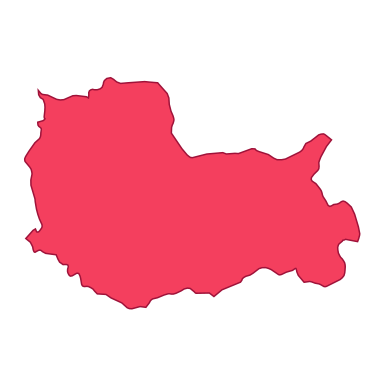 Steiermark, orthographic projection, rotated 179°
{"feature_id": "AUT-2323", "entity_name": "Steiermark", "entity_type": "State", "adm_level": 1, "iso_a3": "AUT", "parent_name": "Austria", "parent_adm1": "", "projection": "orthographic", "projection_center": [15.015, 47.22], "detail": "fine", "context": "isolated", "style": "filled", "palette": "rose", "viewbox_px": 384, "rotation_deg": 179, "n_neighbors": 0, "source": "natural_earth", "source_scale": "10m", "svg_char_len": 3734}
<svg xmlns="http://www.w3.org/2000/svg" viewBox="0 0 384 384"><g transform="rotate(179 192 192)"><path d="M345.0,264.5L339.7,265.9L338.9,266.4L337.7,267.7L337.8,268.1L338.4,268.6L338.5,269.9L337.7,275.9L337.7,276.4L337.5,279.2L337.7,282.6L339.2,287.2L342.0,289.0L343.6,291.9L343.9,296.3L341.4,293.2L339.9,292.2L337.4,291.8L334.6,291.4L325.7,287.0L322.0,286.3L318.4,286.6L313.4,288.7L309.5,290.3L306.1,290.5L296.0,289.1L293.9,287.9L293.5,290.8L293.5,293.2L292.8,294.9L292.1,295.4L291.4,295.9L289.7,296.4L287.7,295.9L284.9,295.9L282.1,296.7L280.1,298.2L278.9,301.0L278.8,301.3L278.5,303.1L278.0,304.2L277.6,305.0L275.2,307.0L271.3,307.7L268.3,305.9L267.7,305.3L265.3,303.3L261.5,301.8L254.2,302.3L237.4,303.2L233.2,302.7L224.4,301.8L224.3,301.7L223.2,300.3L215.1,290.9L213.5,286.4L213.2,280.0L211.6,273.2L209.7,268.6L209.0,266.1L208.8,264.4L209.0,263.3L209.7,261.0L210.6,259.2L211.3,256.9L211.6,251.2L201.3,235.4L196.2,229.1L194.3,227.5L193.0,226.6L191.0,226.3L176.5,229.7L160.5,230.8L157.0,229.4L148.4,229.9L144.9,229.6L131.6,234.2L129.2,234.1L128.1,233.9L127.8,233.3L126.5,232.2L124.2,231.2L115.0,228.1L109.7,224.4L106.4,222.8L101.8,222.7L98.0,223.3L83.7,230.0L81.6,231.5L80.5,232.8L79.9,233.7L79.3,235.1L77.3,238.5L72.4,240.8L64.3,246.9L62.0,247.6L59.6,247.8L58.4,247.3L56.6,245.9L51.6,241.7L56.7,235.3L62.5,225.0L64.0,221.4L64.7,219.2L64.5,215.4L64.8,213.0L65.9,211.3L69.8,207.6L72.3,204.4L72.6,202.5L71.7,200.8L67.8,198.0L63.6,192.4L62.6,190.6L62.0,188.6L61.7,187.0L61.1,185.2L58.3,180.7L56.2,176.3L54.5,175.2L52.6,175.8L50.6,177.0L47.0,177.4L44.8,178.3L42.9,179.7L41.1,180.3L39.2,179.7L37.0,178.1L33.0,174.2L29.8,167.0L26.2,154.1L25.0,147.3L25.2,145.8L26.2,142.3L27.3,139.5L39.3,142.0L40.5,141.4L42.1,141.1L42.5,140.3L45.8,137.6L46.3,137.0L46.7,136.1L47.3,134.1L47.2,131.6L46.7,128.4L45.5,125.8L44.6,124.2L42.9,122.4L41.6,120.4L40.6,118.5L40.2,116.5L40.1,114.6L40.4,110.9L40.7,108.5L41.5,105.8L43.2,103.7L45.4,101.9L59.2,95.3L60.6,95.0L61.8,95.2L64.9,97.1L66.6,97.9L70.5,98.7L73.8,100.0L75.8,100.5L81.5,99.8L87.2,106.8L88.6,110.4L88.8,111.9L89.4,113.7L90.2,113.7L92.8,111.9L99.1,110.2L103.9,108.0L105.7,107.6L106.9,107.9L114.1,113.0L116.9,114.3L119.5,115.1L123.3,115.1L126.4,114.2L132.3,109.8L135.5,107.9L139.6,106.8L141.8,105.6L143.2,104.3L143.7,102.9L145.1,101.0L163.7,93.7L171.9,87.1L176.4,90.7L189.8,90.7L190.5,91.1L191.7,92.4L195.5,95.6L198.2,96.0L201.5,95.2L204.7,93.3L209.8,91.0L212.4,90.3L214.4,90.3L216.5,90.7L217.8,90.6L221.7,89.5L228.3,86.9L233.2,85.8L234.6,84.9L235.8,83.5L236.5,82.1L240.1,77.5L245.4,78.3L246.2,78.3L254.1,76.3L256.7,76.5L258.8,77.4L264.2,82.4L274.8,87.5L279.8,91.1L288.5,91.8L291.1,94.6L292.7,96.7L294.5,97.9L297.0,99.2L298.5,99.5L299.7,99.5L300.8,99.3L302.5,99.6L303.4,100.4L304.0,101.8L304.8,107.3L305.3,109.5L306.3,112.0L307.5,112.8L308.9,112.7L313.2,110.3L314.9,110.0L315.9,110.5L316.5,111.3L317.3,112.8L317.5,113.4L317.8,114.5L317.8,115.7L317.7,117.1L317.1,119.0L317.0,119.8L317.3,121.0L318.1,121.5L319.1,121.7L322.2,121.7L325.6,124.2L327.2,127.2L328.9,131.6L339.4,133.2L342.6,135.0L343.8,136.1L344.9,136.5L345.8,136.5L347.0,136.1L350.0,134.5L350.7,134.7L351.1,135.3L351.5,136.2L351.9,137.6L352.1,138.9L352.2,139.8L353.1,141.8L354.5,144.6L359.0,148.4L351.6,156.4L349.2,157.8L348.8,156.9L348.4,155.6L347.6,154.6L346.1,154.8L344.8,156.1L342.8,158.9L342.4,160.5L342.6,162.1L345.0,167.6L346.5,172.3L347.8,177.6L348.9,184.9L349.1,187.8L352.9,201.6L352.9,206.8L351.6,212.8L351.8,214.7L352.4,217.4L353.6,219.5L358.4,225.5L358.7,227.1L358.6,228.4L357.7,230.4L354.4,235.5L348.2,244.0L343.5,248.1L342.6,249.9L342.2,251.8L342.1,253.7L341.6,256.9L341.7,258.1L342.4,259.0L344.0,260.3L344.5,261.1L344.8,261.5L345.0,263.6L345.0,264.4L345.0,264.5Z" fill="#f43f5e" stroke="#9f1239" stroke-width="1.5"/></g></svg>